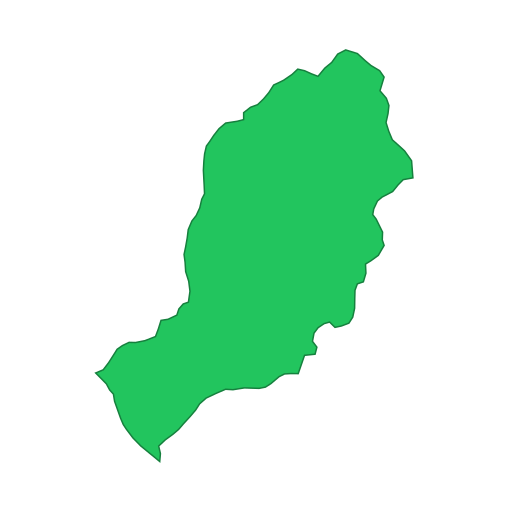 the district of Pongaí, São Paulo, Brazil, rotated 185°
{"feature_id": "56859067B25984045214386", "entity_name": "Pongaí", "entity_type": "district", "adm_level": 2, "iso_a3": "BRA", "parent_name": "Brazil", "parent_adm1": "São Paulo", "projection": "orthographic", "projection_center": [-49.356, -21.725], "detail": "fine", "context": "isolated", "style": "filled", "palette": "green", "viewbox_px": 512, "rotation_deg": 185, "n_neighbors": 0, "source": "geoboundaries", "source_scale": "gbopen_adm2", "svg_char_len": 1824}
<svg xmlns="http://www.w3.org/2000/svg" viewBox="0 0 512 512"><g transform="rotate(185 256 256)"><path d="M109.3,364.4L117.1,373.6L122.0,377.4L130.3,383.6L134.6,391.8L138.1,400.3L136.9,409.3L136.7,417.5L139.9,424.5L146.9,431.4L144.0,445.4L149.0,451.4L158.1,455.8L164.1,460.0L172.6,466.5L184.6,469.1L192.2,464.3L197.4,455.5L203.8,449.2L209.9,440.4L216.9,442.4L223.7,444.8L230.7,445.8L235.9,440.0L243.8,433.5L248.4,430.7L253.3,427.9L257.4,420.0L262.2,413.1L267.6,406.9L274.4,403.7L280.8,397.7L280.2,390.8L286.4,388.6L297.8,385.8L303.8,379.8L308.5,372.6L312.1,366.0L315.0,361.2L316.1,353.3L316.2,346.2L315.9,336.8L313.8,321.9L312.7,313.5L315.0,307.8L316.2,299.1L319.1,291.1L322.9,285.3L325.8,276.4L326.1,267.9L326.9,258.8L327.8,251.2L326.1,243.6L324.7,234.3L320.8,224.9L318.7,215.1L319.3,204.1L324.3,201.9L328.2,196.6L329.7,190.2L338.1,185.3L345.0,183.6L346.9,174.9L349.1,167.0L359.2,162.0L368.5,159.3L374.9,158.9L381.3,155.1L386.2,151.0L388.9,145.7L393.5,136.9L398.3,129.3L405.5,125.5L393.9,115.6L390.1,109.8L386.0,106.0L384.2,98.9L376.7,82.5L373.5,76.5L370.0,72.1L362.7,64.0L354.2,56.7L334.0,42.9L334.0,50.8L336.4,58.2L330.3,65.0L323.2,71.2L317.9,76.6L313.9,82.2L307.4,90.7L302.7,97.3L299.3,103.8L293.2,110.2L284.3,115.4L274.7,120.6L267.3,120.8L256.1,123.6L241.4,124.4L235.2,126.2L230.0,130.2L222.5,137.8L217.3,141.0L211.3,141.9L203.7,142.5L199.0,161.3L188.6,163.3L187.4,170.5L192.3,175.9L191.5,184.2L187.9,190.0L182.2,194.6L176.9,196.6L171.1,191.8L164.9,193.7L157.6,197.2L154.3,203.5L153.2,212.5L153.9,222.1L154.4,230.5L152.6,237.1L146.8,239.6L145.0,248.4L146.2,257.5L141.1,261.3L134.2,267.3L129.3,277.7L131.6,283.0L132.0,290.8L139.5,303.2L143.3,307.4L142.8,313.2L139.8,321.4L135.5,325.7L125.5,332.1L120.6,339.3L116.0,344.9L106.5,347.5L107.8,355.3L109.3,364.4Z" fill="#22c55e" stroke="#15803d" stroke-width="1.5"/></g></svg>